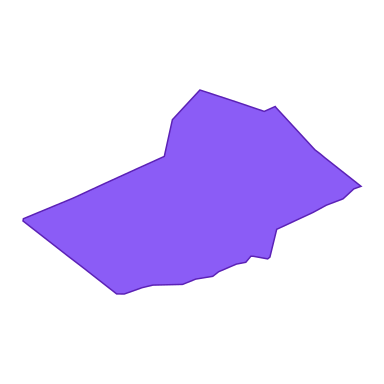 Schuylkill, Pennsylvania, United States of America
{"feature_id": "52423323B80854680702724", "entity_name": "Schuylkill", "entity_type": "district", "adm_level": 2, "iso_a3": "USA", "parent_name": "United States of America", "parent_adm1": "Pennsylvania", "projection": "natural_earth1", "projection_center": [-76.155, 40.723], "detail": "fine", "context": "isolated", "style": "filled", "palette": "violet", "viewbox_px": 384, "rotation_deg": 0, "n_neighbors": 0, "source": "geoboundaries", "source_scale": "gbopen_adm2", "svg_char_len": 606}
<svg xmlns="http://www.w3.org/2000/svg" viewBox="0 0 384 384"><path d="M361.0,186.3L324.9,157.8L320.5,154.1L315.0,149.9L312.3,147.0L276.2,107.8L275.2,106.5L264.2,111.4L236.8,102.1L199.9,90.0L172.4,119.7L167.2,143.2L164.3,156.4L138.2,168.2L106.2,182.8L72.9,198.2L23.4,218.7L23.0,221.0L67.6,255.8L82.5,267.2L116.6,293.9L124.3,294.0L142.0,287.7L152.8,285.1L182.6,284.4L195.7,279.1L212.8,276.3L218.7,271.7L236.4,264.1L245.8,262.3L250.9,256.2L253.5,256.3L267.7,258.9L269.9,257.1L276.7,229.3L313.1,212.4L326.3,205.2L343.1,198.8L353.8,188.9L361.0,186.3Z" fill="#8b5cf6" stroke="#5b21b6" stroke-width="1.5"/></svg>